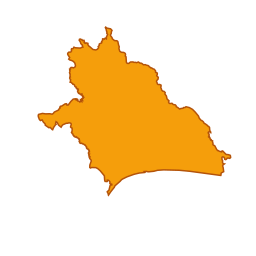 Thepha, Songkhla, Thailand (Equal Earth projection), rotated 137°
{"feature_id": "78962969B41607332504146", "entity_name": "Thepha", "entity_type": "district", "adm_level": 2, "iso_a3": "THA", "parent_name": "Thailand", "parent_adm1": "Songkhla", "projection": "equal_earth", "projection_center": [100.93, 6.797], "detail": "fine", "context": "isolated", "style": "filled", "palette": "amber", "viewbox_px": 256, "rotation_deg": 137, "n_neighbors": 0, "source": "geoboundaries", "source_scale": "gbopen_adm2", "svg_char_len": 5840}
<svg xmlns="http://www.w3.org/2000/svg" viewBox="0 0 256 256"><g transform="rotate(137 128 128)"><path d="M69.7,155.8L70.4,156.5L70.4,157.6L70.7,158.3L70.5,159.3L70.7,160.0L71.7,161.4L72.1,162.5L73.6,163.7L73.8,165.6L74.2,166.5L74.9,167.1L75.4,169.2L77.3,170.0L77.7,170.9L79.0,172.0L79.2,172.8L81.2,174.6L83.3,174.7L84.1,175.3L84.5,176.2L84.5,176.8L84.1,177.5L80.9,181.4L80.9,182.5L79.6,183.5L79.2,184.3L79.2,184.8L79.6,186.2L81.2,187.9L81.7,189.7L80.5,192.2L79.0,193.4L78.3,195.1L76.5,198.1L76.5,198.9L76.7,199.5L77.9,200.7L78.3,201.4L78.6,203.9L78.0,205.1L77.8,207.5L77.1,208.2L75.9,208.5L74.5,209.7L73.1,210.3L73.1,212.4L75.1,215.2L75.4,215.9L75.5,217.0L76.1,216.9L76.7,215.0L77.5,213.8L78.0,212.5L78.9,211.8L79.0,210.4L81.8,209.2L83.0,208.0L83.4,209.3L84.7,209.1L85.5,210.4L85.8,210.5L87.0,209.3L88.3,209.3L88.9,208.4L89.5,208.2L90.0,208.6L91.7,209.0L92.3,208.6L92.6,208.0L94.3,207.9L94.6,207.0L94.9,206.7L96.8,206.5L98.4,207.1L100.1,209.4L100.5,213.7L100.8,214.8L100.3,216.8L99.6,217.2L100.3,218.5L101.3,218.9L101.3,219.4L101.6,219.4L101.8,219.8L101.7,220.6L100.9,221.0L100.4,222.2L101.6,223.0L101.4,224.1L101.9,224.5L102.0,225.3L102.5,225.8L103.0,226.0L103.9,225.4L104.1,223.6L104.9,222.0L105.0,220.6L104.8,220.0L105.9,217.9L107.0,218.6L108.1,218.8L108.8,219.4L111.9,222.7L112.4,224.0L114.1,223.5L115.1,224.4L115.4,224.4L116.4,223.6L116.6,222.9L118.0,222.6L118.6,222.9L119.4,223.8L121.1,223.8L121.8,223.1L122.1,222.2L122.6,219.3L124.4,218.8L124.2,217.5L122.8,215.0L122.5,212.9L122.7,211.5L124.0,209.3L124.9,208.8L126.8,209.1L127.5,210.3L127.9,210.4L128.0,210.8L128.3,211.1L129.5,211.1L129.9,210.4L130.6,210.8L131.0,209.9L131.3,209.9L131.7,209.1L133.1,208.3L133.3,207.4L133.6,207.3L133.8,206.6L135.0,205.5L135.3,204.8L135.6,205.0L136.6,204.3L137.1,203.0L137.0,202.5L139.1,200.9L138.4,200.1L138.5,199.2L138.2,198.2L138.5,197.5L137.9,196.7L137.8,196.1L138.5,194.5L138.0,193.2L138.6,192.8L138.4,192.2L138.7,191.3L138.6,191.0L138.1,191.0L137.9,190.3L138.4,190.1L138.7,189.5L139.6,189.5L140.2,188.7L140.1,187.9L140.5,187.2L140.3,186.5L140.0,186.7L139.8,186.4L140.0,185.9L139.7,184.9L138.8,184.5L139.7,184.0L139.6,183.8L139.2,184.0L138.9,183.5L139.1,182.9L139.1,181.7L139.3,181.4L139.6,182.0L139.8,182.0L139.9,181.4L139.6,180.8L140.2,180.9L140.6,180.3L141.6,180.9L142.3,179.4L142.8,180.8L143.2,181.1L143.5,179.1L143.8,178.8L143.9,180.3L144.2,180.3L144.5,179.8L145.5,179.8L145.5,180.8L146.3,182.0L146.3,182.5L145.9,182.5L145.3,183.2L145.6,184.2L145.9,184.1L145.8,183.3L146.4,183.4L146.9,184.4L146.4,184.7L146.5,185.2L148.4,186.5L151.7,186.4L156.0,185.6L157.0,186.3L156.4,187.6L157.0,187.9L157.4,188.5L161.3,189.2L162.2,189.6L162.4,189.9L162.9,190.0L163.9,189.5L163.9,189.0L166.0,188.9L166.5,188.5L171.0,189.9L172.6,189.6L174.0,189.8L175.5,191.8L178.6,194.5L180.6,197.0L184.1,198.9L184.9,198.6L185.9,197.4L187.0,194.7L187.0,193.2L185.3,192.5L185.9,189.9L185.8,188.0L186.0,187.1L186.6,186.5L185.7,182.2L184.5,181.4L184.5,178.6L184.3,178.1L182.1,179.1L179.0,179.8L178.1,179.7L177.9,180.7L176.3,181.7L176.0,180.3L176.8,177.5L176.4,174.2L174.3,174.8L173.4,174.8L170.0,173.6L169.0,172.7L167.6,172.0L166.8,170.9L166.6,170.2L167.1,169.3L169.3,168.0L169.4,167.3L169.0,166.1L170.0,164.8L171.4,163.6L172.3,163.4L172.3,162.7L172.7,162.1L172.4,161.2L173.0,160.3L172.9,159.8L173.1,159.3L173.1,158.5L172.7,158.4L172.8,157.3L172.0,156.5L171.7,156.5L171.9,155.5L171.4,154.9L171.5,153.9L171.1,153.4L171.3,152.9L171.7,152.8L172.0,151.8L172.9,151.4L172.7,150.8L173.4,150.2L173.3,149.3L172.8,148.7L172.2,148.5L172.0,147.2L171.5,146.7L171.3,145.2L171.0,145.1L171.3,142.1L171.9,141.9L172.1,140.8L171.8,140.4L171.8,139.8L171.6,139.7L171.8,139.3L171.6,138.3L172.0,137.4L172.2,137.2L172.3,137.5L172.5,137.1L173.5,137.1L174.1,136.3L174.4,136.2L174.5,135.5L174.2,135.2L175.1,135.0L175.1,134.5L175.6,134.1L175.4,133.2L176.2,133.2L176.1,132.4L176.8,131.9L176.9,129.7L177.4,128.9L181.2,126.9L182.9,125.2L182.8,124.4L181.4,123.8L178.5,120.9L177.8,118.8L177.5,115.7L177.9,109.2L180.7,105.7L181.2,104.6L179.9,103.1L179.5,103.1L178.7,104.0L178.0,103.2L177.8,102.3L177.9,101.2L178.3,100.5L179.0,100.0L179.1,99.6L179.0,99.1L178.6,98.7L178.2,97.9L178.7,97.4L179.7,98.1L180.2,98.2L184.4,95.5L186.6,95.6L187.0,94.8L187.3,93.2L188.0,92.6L188.1,92.2L184.2,93.1L178.4,94.0L177.0,94.6L170.1,94.4L168.1,94.6L166.8,94.4L162.1,93.0L155.1,90.0L150.5,87.4L146.0,84.0L145.5,84.0L145.6,84.9L144.1,83.7L143.3,82.4L142.4,81.6L138.7,78.8L135.2,76.9L130.4,73.0L119.4,62.2L112.4,54.3L92.5,30.0L92.2,30.1L90.8,31.4L89.9,31.4L87.8,30.8L85.5,34.0L84.6,35.8L83.6,36.2L82.0,36.0L82.7,37.0L82.3,38.5L81.2,39.4L80.7,40.9L79.3,42.5L78.3,42.2L77.8,41.3L77.8,40.5L78.6,39.2L78.3,38.4L77.7,38.1L75.9,38.2L75.3,37.8L74.3,36.4L73.1,36.4L72.1,37.7L71.9,38.5L73.0,40.4L74.0,41.4L74.3,42.1L74.4,46.6L74.9,47.1L75.8,46.7L76.3,47.4L77.0,48.6L77.5,50.1L77.8,50.3L77.8,51.8L76.7,55.6L76.8,56.4L77.2,57.0L77.2,58.0L76.3,58.8L75.6,60.3L74.9,60.9L75.7,62.4L75.7,62.7L75.1,62.9L75.4,64.0L74.8,64.8L75.1,66.5L74.8,66.5L74.7,65.8L74.6,65.7L74.0,67.3L73.4,67.5L72.8,68.5L73.0,69.0L72.3,70.1L71.3,70.0L70.8,69.4L70.7,68.7L70.4,69.2L70.2,69.0L69.9,70.4L68.0,72.8L67.9,74.1L68.3,75.2L68.2,76.5L68.5,77.2L68.5,77.9L69.1,79.5L68.7,80.9L68.7,81.6L68.9,83.1L69.3,83.6L69.3,84.0L69.2,86.6L68.3,88.7L68.0,93.8L68.1,97.6L69.2,101.1L71.1,104.0L72.3,104.1L73.5,105.1L74.3,104.9L76.0,106.2L77.3,106.7L77.7,109.3L78.2,110.7L77.6,111.6L77.6,112.6L78.9,114.3L79.0,116.1L80.6,117.2L81.0,118.1L80.6,119.4L79.5,119.8L79.6,122.7L78.1,125.2L77.8,127.7L76.6,128.6L76.7,130.3L77.5,131.3L77.5,132.9L77.0,133.6L76.3,135.5L75.3,136.0L74.6,136.8L75.1,138.2L76.0,138.9L76.4,139.5L76.4,140.3L75.8,141.4L75.7,142.1L75.2,142.8L74.6,143.1L72.8,143.2L71.5,144.2L71.3,144.5L71.3,145.2L71.4,146.5L71.1,146.9L70.2,147.1L69.2,148.1L69.2,148.8L69.9,149.8L68.9,151.0L68.7,153.0L69.5,154.5L69.7,155.8Z" fill="#f59e0b" stroke="#b45309" stroke-width="1.5"/></g></svg>